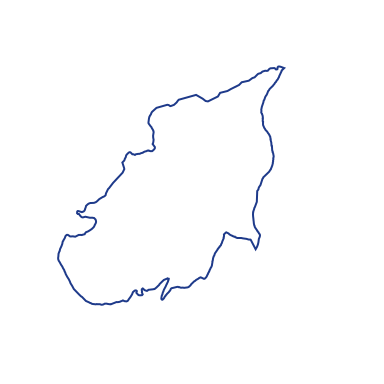 Alvarado, Cartago, Costa Rica (Mercator projection), rotated 46°
{"feature_id": "36466004B14644895644866", "entity_name": "Alvarado", "entity_type": "district", "adm_level": 2, "iso_a3": "CRI", "parent_name": "Costa Rica", "parent_adm1": "Cartago", "projection": "mercator", "projection_center": [-83.805, 9.945], "detail": "fine", "context": "isolated", "style": "outline", "palette": "blue", "viewbox_px": 384, "rotation_deg": 46, "n_neighbors": 0, "source": "geoboundaries", "source_scale": "gbopen_adm2", "svg_char_len": 6081}
<svg xmlns="http://www.w3.org/2000/svg" viewBox="0 0 384 384"><g transform="rotate(46 192 192)"><path d="M166.9,39.6L163.6,41.2L162.5,41.9L161.7,42.8L161.8,43.9L162.9,45.1L162.8,45.8L162.1,46.5L160.4,46.5L160.0,46.7L157.5,49.7L157.2,50.9L157.4,53.3L156.5,54.4L155.6,55.1L154.3,57.7L154.2,60.0L153.1,62.0L152.9,62.8L153.0,67.3L152.0,69.4L151.4,73.8L147.6,80.0L147.7,83.8L145.0,92.3L144.0,96.3L140.2,102.9L141.3,107.0L137.9,117.6L136.0,119.0L132.3,119.5L125.0,121.6L116.4,137.5L116.6,139.4L116.9,140.8L116.8,144.4L115.6,147.2L115.1,148.0L113.2,148.4L112.1,149.2L106.8,159.1L106.6,164.9L106.8,166.0L107.7,167.9L107.8,169.2L108.1,169.6L108.4,170.7L108.8,171.1L109.0,171.6L111.7,175.0L112.5,175.6L116.0,176.1L117.1,176.1L118.4,176.6L119.6,176.8L121.0,177.2L121.1,177.4L122.2,177.9L124.5,180.9L126.0,182.2L127.7,183.3L129.1,185.0L130.2,186.7L130.2,187.0L133.9,187.5L134.3,187.9L134.7,188.3L135.0,189.4L135.0,191.8L134.9,192.3L134.0,193.3L133.0,194.0L132.5,194.1L132.2,194.5L131.9,194.5L131.2,195.4L131.1,196.2L130.2,197.7L129.6,199.3L129.6,200.1L128.7,201.6L128.2,203.1L127.5,203.9L127.1,204.3L126.7,205.0L126.0,205.9L125.7,206.7L125.7,207.3L124.2,207.9L123.4,208.7L121.0,208.7L120.2,209.0L119.7,210.1L119.7,212.2L119.9,213.9L121.0,215.6L121.4,217.2L121.9,217.9L122.3,219.0L122.4,221.6L127.6,224.2L128.5,224.8L129.9,228.5L130.6,242.3L131.6,249.0L131.6,250.4L133.3,255.0L133.5,255.2L134.3,256.4L134.3,257.3L134.0,258.9L133.6,259.6L132.7,263.6L132.7,266.8L132.5,268.3L131.7,270.1L129.3,272.8L128.7,274.1L128.4,275.5L128.4,277.9L129.2,279.1L130.0,280.9L130.3,281.1L130.7,282.4L130.7,283.5L130.0,285.2L126.9,286.9L126.3,287.5L126.3,288.1L127.4,289.4L128.5,289.4L129.3,288.6L131.3,288.9L133.1,288.9L133.9,288.6L134.5,288.1L135.7,285.9L139.5,283.4L141.1,281.7L142.7,280.5L144.8,280.5L146.0,281.1L146.9,281.8L147.6,283.0L148.2,285.0L148.4,285.2L149.0,287.1L149.0,289.8L148.6,292.1L148.1,294.3L147.3,296.1L147.4,297.3L147.8,298.6L146.9,300.0L146.9,300.3L146.2,301.4L145.7,301.7L144.2,303.3L143.1,306.9L142.6,307.4L141.1,308.5L139.7,310.2L138.9,310.7L138.3,310.7L136.6,311.1L135.9,311.8L135.8,312.1L135.8,313.3L135.9,313.8L136.8,315.6L137.4,317.9L137.7,318.4L137.7,318.9L138.0,319.7L139.2,321.3L140.3,323.6L141.4,326.5L142.6,328.3L142.6,328.6L143.7,330.9L145.6,333.0L146.1,333.7L147.2,334.8L148.8,335.6L150.5,335.9L153.3,336.7L155.6,337.1L156.9,337.6L159.5,338.2L160.8,338.9L161.6,339.0L163.2,339.8L166.4,340.7L169.0,341.2L171.5,342.0L173.3,342.8L176.2,343.4L179.7,344.4L187.4,344.4L190.0,344.3L191.1,344.0L196.7,344.0L199.9,342.7L201.0,342.4L201.5,342.0L202.6,341.8L203.6,341.2L206.0,339.2L206.5,338.3L206.8,338.2L208.7,336.2L210.0,335.6L210.6,335.0L211.3,333.9L211.7,332.4L212.3,331.7L213.1,330.9L214.1,330.3L215.9,328.9L216.3,328.5L216.3,328.2L216.5,328.1L218.7,322.8L219.7,321.9L220.9,320.1L221.0,319.5L221.6,318.3L222.0,317.0L223.6,316.4L225.2,315.1L225.6,314.1L225.6,313.2L225.3,312.4L224.8,309.3L224.0,306.2L223.0,304.1L223.1,301.8L223.5,301.0L224.2,300.5L225.0,300.5L225.8,302.0L226.1,302.1L229.0,302.1L230.2,301.2L231.5,299.6L231.4,298.6L229.3,297.7L228.8,297.0L227.9,296.5L227.1,295.7L227.1,294.5L227.5,294.3L229.6,294.3L231.6,293.3L232.0,292.8L232.1,291.3L235.0,287.5L235.6,286.4L235.8,286.3L236.0,284.0L236.0,280.1L235.7,279.3L235.7,273.4L237.2,269.5L238.2,269.8L238.2,269.5L238.4,269.2L238.9,269.8L238.9,270.3L239.7,271.4L240.3,273.1L240.7,273.9L240.7,274.3L241.6,276.4L242.7,279.8L243.2,281.0L243.7,281.7L243.9,282.6L245.1,284.5L245.6,285.8L246.7,287.3L247.6,288.3L248.5,288.4L248.8,288.3L249.0,287.9L249.0,286.5L248.8,285.4L248.6,285.1L248.4,284.3L248.4,283.4L248.1,283.0L248.1,281.6L247.9,280.8L247.9,278.0L247.7,277.6L247.7,276.2L247.0,274.6L247.0,273.6L250.0,268.5L250.6,267.9L251.4,267.6L251.6,267.2L252.8,266.7L253.4,266.2L254.4,265.0L255.5,264.2L257.5,261.5L258.0,260.5L258.1,257.8L257.8,256.9L257.8,252.3L258.1,251.5L258.1,250.1L258.8,247.5L258.8,246.6L259.2,245.8L259.2,245.3L259.7,244.9L262.8,243.7L263.2,243.0L263.2,241.1L262.9,239.9L262.2,238.2L262.2,237.8L262.0,237.6L261.5,236.4L261.5,235.9L261.1,235.2L261.1,234.8L260.4,233.6L260.4,233.2L259.7,231.6L259.4,230.3L258.8,228.9L256.4,225.7L256.0,225.5L255.8,224.8L254.4,223.0L253.3,221.0L253.2,220.2L252.1,218.2L251.1,213.3L250.9,213.1L250.9,212.1L250.7,211.8L250.7,210.4L250.4,210.1L250.4,208.3L249.7,207.0L249.5,206.1L248.6,204.5L247.4,201.6L247.2,201.2L246.8,201.0L246.7,200.6L246.4,200.4L246.0,199.6L244.7,198.5L244.7,195.8L244.8,195.4L247.2,194.5L248.6,194.5L250.8,193.8L251.5,193.4L252.0,193.4L252.6,193.0L253.1,192.9L253.7,192.6L253.9,192.2L254.8,192.2L255.2,191.9L256.4,191.5L259.2,188.6L260.7,187.6L263.5,185.4L265.5,184.3L266.9,183.0L267.3,183.0L277.4,186.0L276.6,183.3L275.5,181.0L274.4,179.3L272.2,176.5L271.3,174.4L270.8,173.7L270.2,173.0L269.2,172.6L268.3,172.6L267.2,172.2L265.8,172.2L265.6,172.0L261.5,171.3L260.5,171.0L259.6,170.4L259.3,170.4L257.8,169.5L255.4,167.6L254.9,167.3L254.5,166.9L252.0,165.0L251.8,164.8L250.7,163.9L248.9,162.0L248.9,161.7L248.5,161.3L247.3,158.9L246.9,158.5L246.5,157.2L244.1,152.2L236.6,144.4L236.3,142.5L235.5,141.4L235.0,140.2L234.6,138.0L231.5,132.2L231.4,131.3L231.0,130.6L231.0,122.3L230.5,120.6L230.5,119.6L230.2,119.3L229.4,117.3L229.0,116.7L228.9,116.2L227.3,113.6L226.9,113.4L226.2,112.2L225.8,112.0L224.8,110.5L224.1,110.1L223.8,109.4L223.0,108.4L220.3,106.6L219.4,106.4L218.8,105.7L218.3,105.7L217.9,105.5L214.6,102.7L214.1,102.7L213.9,102.3L213.5,102.3L211.5,100.6L209.5,99.5L208.8,98.8L208.4,98.8L208.2,98.4L206.7,97.5L206.4,97.2L205.5,97.1L205.1,96.8L204.2,96.7L203.9,96.5L202.5,96.4L200.8,96.0L198.4,96.0L197.1,95.6L196.2,95.5L193.3,94.4L192.3,93.6L191.5,92.7L190.8,92.3L190.6,91.9L190.2,91.9L189.2,91.0L188.7,90.2L188.2,90.1L187.8,89.4L187.1,89.0L186.8,88.6L185.8,88.0L184.7,87.6L184.4,87.3L183.5,87.2L182.7,86.8L182.0,85.8L180.9,85.0L179.2,82.5L177.2,78.6L176.0,76.8L175.9,75.9L174.6,73.5L174.1,71.8L174.1,71.3L173.5,69.6L172.3,67.1L172.3,66.2L171.8,64.5L171.8,59.9L171.6,59.0L171.5,57.6L171.1,56.3L171.1,54.9L170.6,53.6L170.6,52.3L170.0,50.6L169.8,49.7L169.3,48.9L167.2,43.4L166.9,43.1L166.9,39.6Z" fill="none" stroke="#1e3a8a" stroke-width="2"/></g></svg>